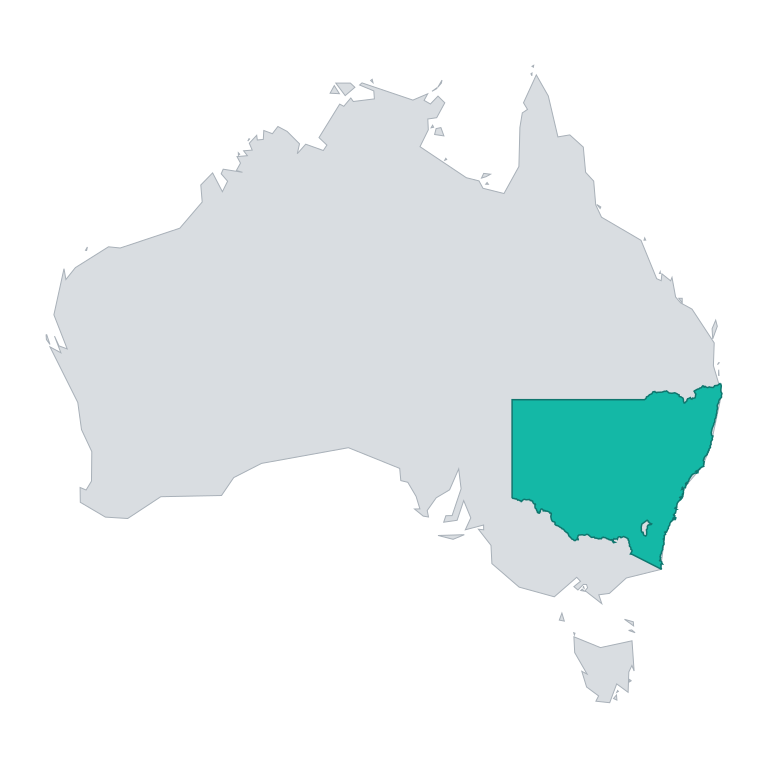 Australia, with New South Wales highlighted
{"feature_id": "AUS-2654", "entity_name": "New South Wales", "entity_type": "State", "adm_level": 1, "iso_a3": "AUS", "parent_name": "Australia", "parent_adm1": "", "projection": "mercator", "projection_center": [149.115, -32.83], "detail": "fine", "context": "in_parent", "style": "filled", "palette": "teal", "viewbox_px": 768, "rotation_deg": 0, "n_neighbors": 0, "source": "natural_earth", "source_scale": "10m", "svg_char_len": 9741}
<svg xmlns="http://www.w3.org/2000/svg" viewBox="0 0 768 768"><path d="M548.3,96.0L557.9,136.9L569.8,134.9L583.3,147.1L585.6,172.3L593.7,181.1L595.7,204.8L601.5,217.2L641.0,240.3L656.7,278.7L661.2,280.7L661.9,273.8L670.6,280.8L672.0,277.4L675.6,297.0L680.8,303.0L692.0,309.1L714.2,342.9L713.4,365.7L721.7,393.5L710.5,446.5L702.6,466.2L683.1,488.8L664.9,534.4L660.5,569.5L626.3,578.0L609.4,593.4L598.8,594.8L601.8,603.7L585.1,590.7L587.6,587.7L586.5,584.5L583.4,584.4L577.9,590.0L573.9,586.6L580.5,581.3L576.7,577.3L554.3,596.8L519.1,587.1L491.9,563.6L491.0,545.4L478.4,529.2L483.7,529.8L483.6,525.0L465.3,529.8L470.8,517.9L463.7,500.6L457.1,520.3L443.7,522.2L445.9,515.7L452.1,515.6L461.1,488.8L458.7,468.9L449.6,489.8L436.2,497.8L427.2,510.5L428.5,517.0L423.2,516.1L414.5,509.0L419.9,508.9L416.1,496.4L407.8,482.3L400.8,480.6L399.7,468.4L348.4,447.7L261.5,463.4L233.7,477.6L221.5,495.5L160.8,496.7L127.7,518.5L105.4,517.1L80.3,502.3L80.1,487.5L86.1,490.0L91.5,481.1L91.8,451.6L81.5,429.6L77.8,402.5L50.0,346.9L60.9,352.8L54.5,336.1L59.0,345.9L67.2,348.9L53.9,314.8L64.0,268.7L65.9,279.5L75.4,267.6L108.5,246.8L120.2,248.0L179.8,228.2L202.2,202.0L200.8,185.0L212.6,172.9L222.4,191.7L227.6,181.2L221.2,173.8L223.2,169.2L242.5,172.3L236.4,170.5L240.5,163.1L237.0,156.6L247.4,155.7L243.6,150.8L252.2,150.1L249.3,143.2L256.7,135.3L257.3,140.0L263.3,139.4L263.8,130.5L272.4,133.7L277.9,126.5L287.1,131.4L299.5,143.8L297.3,153.7L305.7,144.2L323.3,150.5L326.9,145.1L319.0,137.6L339.7,104.1L343.8,106.3L350.8,98.0L353.3,101.5L374.4,98.9L373.8,90.9L359.6,85.0L362.0,82.9L412.9,100.1L427.7,93.8L424.1,100.4L430.4,104.0L438.0,96.1L444.8,102.8L436.7,117.7L427.8,119.0L428.3,129.8L420.0,146.7L466.3,177.7L479.0,180.9L483.0,188.3L504.0,193.5L518.9,166.5L519.9,127.4L522.3,112.9L527.5,109.4L523.5,102.8L536.3,74.9L548.3,96.0ZM573.9,636.8L600.4,647.6L632.0,640.8L634.1,671.0L631.9,665.5L628.8,672.0L628.1,692.3L616.7,683.9L609.7,702.7L595.9,701.2L598.6,695.9L586.6,687.0L581.8,671.3L587.1,674.1L574.7,652.6L573.9,636.8ZM335.8,83.1L350.4,83.1L354.9,87.3L345.2,95.6L335.8,83.1ZM438.0,535.5L464.3,534.7L453.1,539.3L438.0,535.5ZM440.9,127.6L443.9,135.9L434.6,134.5L436.1,128.6L440.9,127.6ZM712.7,338.9L712.1,328.7L715.7,320.2L717.3,326.3L712.7,338.9ZM624.5,619.3L633.3,621.8L633.6,625.9L624.5,619.3ZM334.3,85.6L339.4,93.7L330.1,93.2L334.3,85.6ZM564.3,621.1L559.3,620.1L561.9,613.1L564.3,621.1ZM490.5,174.2L486.0,176.7L481.5,178.1L483.7,173.4L490.5,174.2ZM50.0,344.5L46.4,339.5L46.1,334.9L46.7,334.7L50.0,344.5ZM631.7,629.9L635.1,632.7L628.6,630.4L631.7,629.9ZM678.8,298.3L682.2,298.3L682.2,302.8L678.8,298.3ZM596.8,204.5L600.8,207.0L600.1,208.5L596.8,204.5ZM616.5,695.0L616.9,700.1L613.5,698.5L616.5,695.0ZM718.7,369.7L719.0,375.4L718.5,375.3L718.7,369.7ZM373.0,82.7L370.6,80.5L372.2,79.3L373.0,82.7ZM441.4,83.1L437.8,87.3L442.0,80.1L441.4,83.1ZM719.2,362.8L717.5,364.7L718.6,362.7L719.2,362.8ZM446.7,159.5L444.7,160.3L445.8,158.3L446.7,159.5ZM433.6,127.3L431.1,127.8L432.6,125.2L433.6,127.3ZM87.4,247.0L86.6,250.5L85.5,250.3L87.4,247.0ZM532.0,73.0L531.9,75.8L530.9,73.8L532.0,73.0ZM583.5,586.1L584.1,588.3L583.2,587.6L583.5,586.1ZM436.9,88.5L432.0,91.3L437.0,87.7L436.9,88.5ZM249.6,139.0L247.8,141.1L249.0,138.7L249.6,139.0ZM618.4,691.4L616.7,692.4L617.6,690.5L618.4,691.4ZM488.4,184.3L485.7,184.2L487.1,182.5L488.4,184.3ZM239.7,154.2L238.4,155.3L238.3,152.7L239.7,154.2ZM631.2,680.8L628.9,682.2L629.6,679.5L631.2,680.8ZM533.7,65.3L533.4,67.2L532.0,66.3L533.7,65.3ZM582.2,589.1L584.4,591.2L580.7,590.5L582.2,589.1ZM645.7,240.1L644.0,240.2L644.7,237.9L645.7,240.1ZM660.4,273.5L659.4,273.5L660.2,271.7L660.4,273.5ZM575.0,633.2L574.4,635.0L573.7,632.7L575.0,633.2Z" fill="#d9dde1" stroke="#a8b0b8" stroke-width="1"/><path d="M719.9,383.6L720.3,384.2L720.8,384.1L721.3,385.9L720.8,390.3L721.0,392.0L721.9,393.3L721.7,394.6L721.4,395.2L721.5,397.2L719.3,399.7L718.7,401.4L718.8,402.6L718.4,402.9L717.3,405.1L717.1,405.9L717.6,407.3L717.4,407.8L717.5,408.7L716.8,410.7L716.8,413.0L716.2,414.4L716.3,415.5L716.0,416.1L715.8,417.7L714.8,419.3L714.8,421.3L714.6,422.2L713.7,423.8L713.9,424.3L713.6,425.0L712.2,428.3L711.2,433.0L711.4,433.3L711.5,434.9L712.0,435.8L712.3,436.0L712.8,435.9L712.9,436.7L712.2,438.0L712.1,438.7L712.4,439.1L712.4,439.6L711.1,441.3L710.8,442.8L711.1,444.3L710.1,445.8L710.1,446.3L710.5,447.1L710.4,447.5L708.9,449.2L709.0,449.8L708.7,450.3L708.9,450.6L707.9,451.8L708.1,452.4L707.2,453.5L707.1,454.2L707.2,454.5L705.0,456.5L703.9,458.4L704.1,459.0L703.6,459.5L703.3,460.8L704.3,461.9L703.6,463.1L703.6,463.7L704.0,463.9L703.5,465.6L703.8,466.3L701.5,467.2L699.7,468.6L699.6,469.2L698.8,469.5L698.0,470.4L697.9,470.7L698.5,471.3L697.1,470.6L695.8,471.3L696.4,471.7L698.0,471.8L697.9,472.7L697.3,472.7L696.6,473.2L695.8,473.0L694.6,473.3L692.8,474.2L691.5,475.2L691.6,475.7L690.5,476.7L690.4,477.6L689.4,478.5L688.6,481.1L687.7,482.1L687.7,483.1L686.8,483.8L687.2,482.8L686.8,482.5L685.8,483.3L686.0,483.8L685.6,483.9L685.7,484.3L686.1,484.5L686.4,484.0L686.6,484.4L685.6,485.9L685.7,486.9L685.3,487.1L685.3,487.8L684.2,487.9L682.9,488.5L682.6,488.4L682.3,487.6L682.1,487.9L682.1,488.7L682.4,488.9L682.0,489.4L682.4,489.3L682.9,488.7L683.2,488.6L683.4,488.8L683.1,490.2L683.6,489.0L683.9,489.6L683.4,491.1L683.3,491.7L683.5,492.1L683.3,493.7L682.6,493.8L682.3,494.3L682.5,494.7L683.0,494.3L683.1,494.6L682.8,495.9L682.9,496.2L682.4,497.3L681.6,496.4L681.2,496.5L680.9,497.2L680.0,497.2L679.8,497.5L680.6,497.9L680.9,497.6L682.1,497.7L682.1,498.0L680.9,498.3L680.5,498.9L681.2,499.0L681.0,499.4L678.7,501.2L677.7,502.5L677.0,503.8L677.0,504.5L676.6,506.3L676.9,507.0L676.1,508.2L675.8,508.1L675.9,507.5L675.6,507.5L674.9,508.2L676.8,509.3L676.3,509.4L676.1,509.8L675.5,513.0L674.6,513.4L674.1,514.5L673.7,514.8L674.5,515.4L674.0,515.7L674.7,516.3L674.5,517.1L674.8,517.4L675.8,517.7L675.6,518.9L675.0,519.6L674.5,519.0L674.8,518.4L674.7,517.7L674.4,517.5L673.2,517.9L672.9,518.9L673.2,519.0L673.3,519.8L672.2,520.3L671.8,521.2L670.8,521.7L670.6,522.4L669.9,523.2L669.7,524.0L669.8,524.9L668.4,526.9L668.4,528.5L667.8,529.1L666.5,532.1L666.2,532.2L665.5,531.9L664.8,532.2L665.2,532.7L665.6,534.3L664.8,534.8L664.1,535.7L664.3,536.9L664.1,539.1L663.4,538.8L663.0,539.5L663.3,539.3L664.0,540.1L663.6,541.3L664.0,543.0L664.0,543.4L663.8,543.6L664.0,544.4L662.8,546.1L662.8,547.3L662.5,548.1L662.7,549.4L661.5,551.9L661.3,553.7L660.4,554.9L660.6,555.4L660.1,556.5L660.0,556.9L660.7,557.5L660.3,558.5L660.6,559.7L660.5,559.9L660.3,559.7L659.6,560.4L659.9,560.9L660.7,560.9L661.6,561.6L661.9,563.0L662.5,564.0L661.4,563.8L660.8,564.4L661.1,565.5L660.9,567.1L661.4,568.8L661.1,569.1L632.0,554.3L630.4,554.0L631.8,551.6L632.0,550.5L631.7,549.8L630.9,549.4L630.9,548.2L630.6,547.2L629.5,546.2L629.4,545.8L629.7,544.8L628.9,542.6L629.1,541.3L628.2,540.1L628.3,539.0L627.4,538.6L626.9,537.9L623.6,536.5L621.0,537.7L620.7,537.6L620.4,536.9L619.8,536.7L618.6,536.9L618.1,537.3L617.8,537.9L617.4,539.3L616.9,538.8L614.8,539.1L614.0,538.6L613.1,539.9L613.3,541.2L613.8,541.8L615.0,542.3L613.5,542.7L612.5,541.3L612.5,540.0L611.9,539.6L611.3,539.7L611.0,540.2L609.8,539.6L609.2,539.8L608.7,539.2L608.0,539.1L607.7,538.7L606.6,538.6L605.5,537.6L604.2,537.6L603.5,537.2L603.0,537.5L602.3,537.4L601.3,538.8L599.2,538.5L598.9,538.6L598.8,538.9L596.2,538.1L594.9,538.1L594.2,537.1L591.6,537.4L590.9,537.0L588.1,534.6L586.7,534.3L584.8,535.2L584.1,535.2L582.2,534.7L578.7,535.1L578.1,535.6L577.9,536.8L577.4,537.9L578.2,539.0L578.3,539.4L578.1,539.8L576.7,539.3L575.4,540.5L574.2,540.5L573.3,539.5L571.9,539.1L570.1,536.9L569.5,536.7L569.0,536.0L567.8,533.2L567.3,532.7L566.5,532.6L565.4,531.4L564.9,531.2L563.6,529.3L561.9,528.7L561.6,528.0L560.3,527.4L558.2,525.9L556.1,525.3L555.1,524.5L554.9,524.0L555.1,523.6L555.0,522.4L554.4,521.9L553.0,521.6L552.3,521.2L551.4,519.5L550.8,516.6L551.1,515.8L550.9,515.1L551.3,514.7L551.3,513.4L550.8,513.0L550.0,513.2L549.8,512.4L547.7,511.3L546.2,511.1L545.3,510.7L545.0,511.1L544.2,510.4L543.3,510.9L542.9,509.7L541.8,508.9L540.8,509.3L540.2,511.1L540.3,511.9L539.2,512.0L539.4,513.1L539.1,513.2L537.8,512.7L537.4,512.3L537.4,511.7L536.5,510.0L536.5,509.3L535.1,507.9L534.9,505.7L535.5,504.4L535.3,504.0L534.4,504.1L533.8,503.6L533.0,502.7L532.6,501.1L532.0,501.1L531.2,500.4L530.3,500.6L529.6,499.5L526.1,499.8L524.5,499.3L523.8,499.4L522.6,500.2L521.5,501.5L521.2,501.6L520.6,500.7L519.7,500.6L518.6,499.9L517.6,500.1L517.2,499.5L516.1,498.7L515.3,499.0L514.3,498.5L512.9,498.4L512.1,497.6L512.1,399.7L644.5,399.7L646.0,398.5L646.5,396.9L648.0,396.3L649.4,394.8L651.9,393.7L653.0,391.8L654.9,391.5L655.3,392.3L656.5,392.4L656.7,392.7L657.6,392.3L661.9,392.2L664.2,391.3L665.9,391.3L666.6,390.9L669.1,393.0L671.9,393.3L674.8,392.8L677.1,393.8L677.9,394.5L679.0,394.7L679.3,396.5L680.9,396.8L683.0,398.2L683.4,399.7L683.5,401.6L683.9,402.1L684.0,402.9L684.5,403.0L685.2,402.7L686.2,401.4L686.9,400.9L687.0,399.9L687.6,398.8L689.1,398.3L690.3,397.6L690.9,398.8L691.9,399.2L692.5,398.1L693.6,398.3L695.1,397.8L695.5,396.1L695.6,394.7L695.9,394.1L694.9,392.8L694.6,391.9L694.1,391.4L694.2,391.0L697.6,389.1L698.7,389.0L699.7,388.1L701.3,387.7L701.7,387.4L702.0,386.6L702.9,385.8L703.6,386.1L703.8,386.8L704.2,387.1L704.7,386.9L705.1,386.4L705.7,386.9L707.3,387.6L708.1,387.5L709.2,386.9L710.5,387.3L713.2,387.5L714.2,386.5L714.6,385.7L716.8,385.4L717.3,385.5L719.9,383.6ZM650.8,524.7L651.3,524.4L651.7,523.9L649.1,522.7L649.0,522.1L648.2,521.7L648.1,520.9L647.1,520.2L641.8,524.1L641.2,527.4L641.4,529.2L641.2,530.6L641.5,531.1L641.6,531.9L642.2,532.5L642.5,532.7L642.8,532.2L643.1,532.3L643.5,534.5L643.9,535.3L645.7,536.1L646.6,534.9L646.7,531.9L646.4,529.8L646.6,529.4L647.1,529.2L647.5,527.9L647.3,527.0L647.4,526.2L648.3,524.9L648.9,525.1L649.6,524.5L650.8,524.7Z" fill="#14b8a6" stroke="#0f766e" stroke-width="1.5"/></svg>